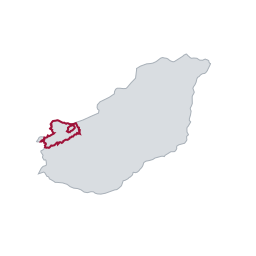 Gyor-Moson-Sopron on a map of Hungary (Equal Earth projection), rotated 339°
{"feature_id": "HUN-3156", "entity_name": "Gyor-Moson-Sopron", "entity_type": "County", "adm_level": 1, "iso_a3": "HUN", "parent_name": "Hungary", "parent_adm1": "", "projection": "equal_earth", "projection_center": [17.255, 47.709], "detail": "fine", "context": "in_parent", "style": "outline", "palette": "rose", "viewbox_px": 256, "rotation_deg": 339, "n_neighbors": 0, "source": "natural_earth", "source_scale": "10m", "svg_char_len": 4365}
<svg xmlns="http://www.w3.org/2000/svg" viewBox="0 0 256 256"><g transform="rotate(339 128 128)"><path d="M205.7,80.1L208.5,79.8L209.2,80.0L209.8,81.8L210.5,83.0L211.2,84.6L212.3,85.7L214.4,86.2L217.3,87.6L219.2,90.3L222.0,91.5L222.8,91.4L224.8,91.3L225.2,91.8L226.8,93.1L227.5,94.3L227.2,95.5L227.5,96.9L228.1,97.4L227.4,98.3L222.4,103.0L220.4,104.2L219.1,104.5L217.0,104.0L214.8,104.4L212.9,105.4L211.1,105.7L209.8,106.9L208.1,109.5L206.0,111.6L203.9,113.0L202.8,114.2L202.7,118.3L201.6,119.5L200.0,120.7L199.1,121.8L196.8,128.2L195.0,130.2L193.2,131.8L192.9,133.2L193.0,134.8L191.1,138.1L188.5,141.5L188.0,142.9L188.7,144.8L186.1,146.9L184.7,148.0L183.5,148.5L182.7,149.8L181.6,153.1L181.9,154.6L182.0,156.0L179.8,156.8L179.2,158.3L178.7,160.2L177.8,161.0L175.4,162.5L169.4,161.9L167.1,162.4L166.4,163.5L166.3,164.4L165.6,165.2L164.2,166.3L162.8,166.7L159.6,165.5L152.8,166.8L151.7,167.7L150.7,167.0L149.3,166.4L142.5,165.7L139.8,166.3L136.2,166.0L132.9,165.4L130.4,165.9L128.3,168.5L127.2,169.4L126.3,170.0L124.5,170.8L122.9,171.8L120.9,172.5L119.0,172.4L117.2,171.3L116.6,171.5L116.0,172.6L115.1,173.5L112.5,174.6L111.8,174.5L111.7,174.5L109.6,175.4L106.3,175.8L104.6,175.5L101.6,179.1L100.7,179.8L97.8,180.9L95.5,181.5L93.4,181.0L92.6,181.0L83.6,180.8L79.0,180.0L75.9,178.6L73.9,177.0L72.9,175.2L70.6,174.2L66.9,173.8L64.1,172.1L62.0,168.9L59.3,166.5L55.8,164.7L53.0,162.1L51.0,158.8L47.3,155.8L42.0,153.2L40.4,152.6L40.1,151.8L37.5,148.5L36.4,147.3L36.5,145.7L36.0,144.7L35.0,144.1L34.6,141.8L34.3,140.0L33.5,138.9L27.9,138.7L32.6,134.5L35.0,133.4L37.7,133.6L38.6,133.2L38.8,132.6L39.3,131.2L39.6,129.9L39.8,128.7L39.5,128.1L38.2,127.9L37.6,124.9L38.2,123.8L38.9,123.0L38.1,119.4L38.4,118.2L40.5,118.0L42.3,117.2L43.7,116.4L44.1,115.3L45.3,113.0L44.2,110.2L38.1,108.4L37.8,107.7L39.2,107.0L40.7,105.8L41.6,105.0L42.8,104.8L44.5,105.3L47.4,107.3L48.6,107.6L49.6,107.0L50.8,106.9L54.1,106.9L56.8,106.5L56.2,104.3L56.2,102.8L55.8,101.6L56.1,100.2L57.2,99.1L57.5,96.8L59.2,95.2L60.0,94.9L63.1,95.2L63.8,95.6L64.2,95.7L69.1,99.7L73.6,102.6L77.4,104.1L82.9,104.2L88.7,104.4L98.5,103.8L105.8,103.5L106.3,102.7L107.3,101.0L106.4,99.5L106.5,97.7L107.7,95.4L111.3,93.5L121.6,92.6L127.5,91.2L128.4,89.3L130.3,87.4L132.1,87.0L134.6,87.9L137.6,89.5L140.2,90.4L141.7,89.9L146.9,87.0L152.9,84.2L156.9,76.7L157.3,75.5L161.8,74.7L168.4,74.8L171.8,75.8L174.3,76.3L178.1,76.1L183.5,74.5L185.5,74.6L187.1,75.7L188.9,76.7L190.1,77.9L191.0,79.6L191.5,80.3L192.3,81.1L193.7,82.3L195.0,82.6L205.1,80.6L205.7,80.1Z" fill="#d9dde1" stroke="#a8b0b8" stroke-width="1"/><path d="M52.0,107.4L54.3,106.9L56.5,106.7L57.1,106.4L56.8,106.3L56.5,106.0L56.4,105.6L56.3,104.3L56.1,103.6L56.1,102.9L56.5,102.5L56.3,102.3L56.0,101.6L55.8,101.4L55.2,101.2L55.0,100.6L55.4,100.4L56.4,100.2L56.9,99.9L57.2,99.5L57.3,99.0L57.5,98.3L57.4,98.3L57.3,98.2L57.1,98.1L57.2,97.9L57.4,97.7L57.5,97.6L57.6,97.3L57.7,97.1L57.7,96.8L57.4,96.5L59.3,95.2L60.3,94.6L61.4,94.8L62.6,95.1L62.9,95.2L64.8,95.4L65.8,96.1L68.8,99.6L69.1,99.8L69.4,99.9L70.1,100.1L70.4,100.2L71.4,101.5L71.8,101.9L72.1,101.8L72.4,101.7L72.7,101.7L73.2,101.9L73.8,102.2L74.3,102.7L74.5,103.1L74.9,103.4L76.1,104.0L76.8,104.3L79.3,104.9L81.0,104.8L81.0,105.3L81.3,106.1L81.3,106.9L81.2,107.6L81.4,108.3L81.4,109.4L82.3,110.1L81.6,111.6L82.3,112.5L82.0,113.1L81.4,112.9L81.1,113.2L81.4,114.2L81.0,115.3L81.0,116.1L80.1,115.2L79.0,114.6L79.0,115.3L78.5,115.1L77.9,115.1L77.4,115.5L76.3,115.0L75.0,115.4L73.7,116.3L72.5,115.8L71.7,116.3L70.2,116.1L69.6,116.9L68.9,117.1L68.2,117.1L67.8,117.4L67.3,117.4L66.8,117.2L65.8,116.6L64.7,116.7L63.6,117.0L63.1,116.9L62.8,117.3L62.0,117.9L60.8,118.2L60.2,117.3L59.4,116.8L56.6,118.1L56.8,117.1L57.1,116.3L56.4,116.1L53.2,117.7L50.8,117.4L50.1,116.8L47.9,118.0L47.0,118.2L46.2,117.5L44.7,117.2L44.3,116.9L43.9,116.5L43.8,116.4L44.2,116.2L44.1,114.6L44.5,114.3L45.3,114.0L45.6,113.5L45.7,112.9L45.4,112.4L45.0,112.1L44.5,111.8L44.7,111.1L44.5,110.3L43.9,109.7L43.3,109.5L42.3,109.6L41.8,109.4L42.8,108.8L43.9,108.7L45.5,109.1L45.8,108.8L45.7,107.9L46.5,106.9L46.6,107.0L46.9,107.3L47.2,107.5L48.9,107.7L49.2,107.6L49.5,107.4L50.1,106.6L50.5,106.3L50.9,107.3L52.0,107.4ZM76.3,105.6L74.9,105.4L72.1,106.2L71.5,108.1L69.8,109.2L70.8,110.6L71.2,110.4L72.2,111.1L73.4,110.3L75.3,110.3L76.6,109.7L78.4,108.8L78.6,108.1L78.3,106.8L77.7,105.5L76.3,105.6Z" fill="none" stroke="#9f1239" stroke-width="2"/></g></svg>